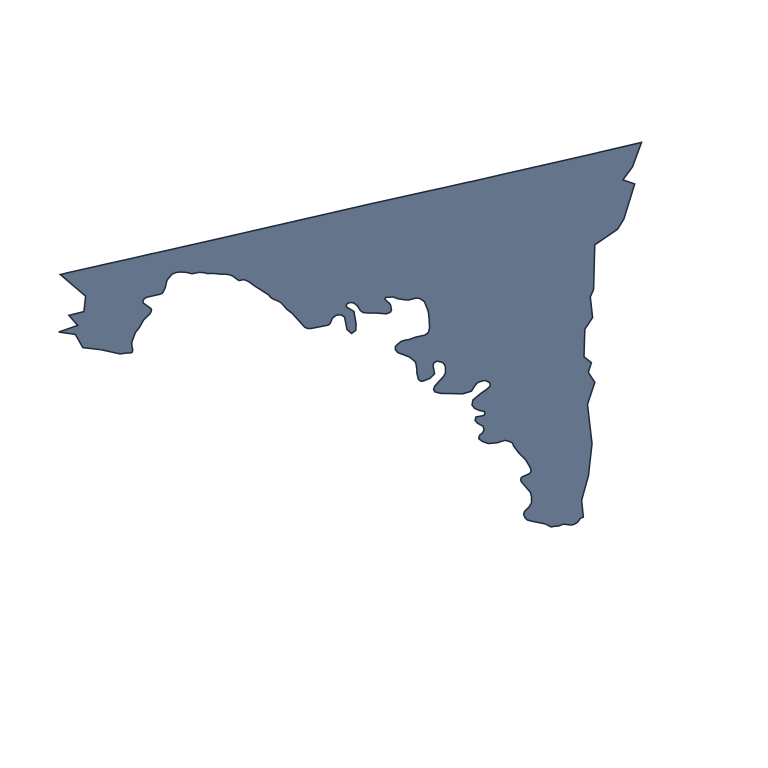 the district of Washington, Maryland, United States of America, rotated 347°
{"feature_id": "52423323B42185126778068", "entity_name": "Washington", "entity_type": "district", "adm_level": 2, "iso_a3": "USA", "parent_name": "United States of America", "parent_adm1": "Maryland", "projection": "orthographic", "projection_center": [-77.915, 39.521], "detail": "fine", "context": "isolated", "style": "filled", "palette": "slate", "viewbox_px": 768, "rotation_deg": 347, "n_neighbors": 0, "source": "geoboundaries", "source_scale": "gbopen_adm2", "svg_char_len": 3329}
<svg xmlns="http://www.w3.org/2000/svg" viewBox="0 0 768 768"><g transform="rotate(347 384 384)"><path d="M98.8,280.9L100.1,281.3L113.0,285.9L116.3,287.1L133.5,295.3L141.6,296.1L144.5,296.8L145.7,296.4L146.9,294.3L146.9,290.1L147.7,286.5L153.3,278.0L158.4,273.9L164.3,267.4L171.4,263.2L173.2,261.4L174.2,259.4L174.0,258.1L167.8,251.1L167.7,248.9L168.8,247.6L171.7,246.1L185.8,246.2L188.4,245.7L189.6,244.6L192.6,240.9L195.6,234.6L196.5,233.6L202.2,229.3L206.4,228.6L210.0,228.9L216.3,230.7L221.7,233.4L229.0,233.6L234.6,235.4L236.4,236.6L242.3,237.8L250.6,240.6L253.3,241.0L257.5,242.6L260.6,244.5L265.6,250.3L266.5,250.7L270.8,250.7L274.0,252.8L276.0,254.7L279.8,259.2L280.3,259.7L291.5,271.1L292.8,273.7L294.4,275.7L295.7,276.7L300.4,280.1L302.3,282.2L306.3,289.6L310.6,294.7L311.6,296.6L319.2,310.3L320.1,311.4L322.3,312.8L325.3,313.5L332.8,313.8L343.1,314.1L345.2,312.8L348.6,308.2L352.8,306.3L357.6,306.8L360.6,309.9L360.2,322.5L363.7,327.5L368.6,325.4L370.4,318.9L371.0,306.5L364.8,300.5L364.9,298.8L366.6,297.3L369.6,297.0L372.8,298.3L375.6,301.6L377.5,307.2L379.7,309.7L385.3,311.5L393.0,313.3L400.8,315.8L401.9,316.2L406.2,315.5L407.9,313.9L408.2,308.5L407.6,306.8L404.2,302.2L404.2,301.1L405.4,300.0L412.6,301.3L416.7,304.1L424.1,307.0L427.1,307.7L434.4,307.5L437.7,308.5L440.7,311.4L441.9,313.0L443.3,321.9L443.3,325.2L442.6,330.7L441.0,339.7L439.9,341.7L438.8,343.8L434.8,345.6L425.5,345.4L418.7,346.3L413.9,346.0L410.0,346.4L404.8,349.1L403.5,350.2L403.1,351.2L402.8,353.1L404.6,356.6L414.8,363.4L419.0,368.7L419.6,370.3L419.7,371.8L419.2,377.7L418.5,380.8L418.5,387.0L419.3,388.2L420.2,389.4L422.5,390.0L429.9,388.9L435.6,385.4L436.0,376.8L437.0,375.1L438.5,374.2L440.8,373.7L445.1,375.7L446.4,376.8L447.5,379.7L447.6,381.3L446.5,386.8L443.9,389.9L432.9,397.5L431.0,400.7L431.3,401.4L431.8,403.1L437.0,405.9L446.3,408.2L446.8,408.3L458.4,411.3L467.6,410.7L471.5,406.7L474.4,404.4L476.4,403.5L481.3,403.1L483.7,403.5L487.1,406.4L487.4,408.8L486.3,410.3L483.1,412.2L476.5,414.8L467.1,419.5L465.0,424.2L466.8,428.2L470.9,431.2L475.5,433.4L475.8,435.2L474.8,436.8L472.3,437.1L466.2,436.8L464.5,440.0L466.4,443.4L471.0,447.4L471.2,451.3L468.7,454.0L465.5,455.5L464.0,458.6L466.9,462.1L472.2,465.5L481.1,466.7L489.0,466.1L492.1,467.6L494.9,469.5L496.0,470.7L496.3,473.5L499.9,481.7L505.0,489.8L507.5,497.8L507.8,500.5L507.6,502.2L506.4,503.6L504.5,504.3L498.4,505.4L496.7,506.2L495.9,507.3L495.6,509.4L496.0,510.6L502.2,522.3L502.4,526.9L501.0,532.9L498.0,536.2L492.3,539.7L490.7,542.4L491.2,545.8L493.0,548.7L496.2,550.5L509.8,556.7L514.7,560.9L519.2,561.1L521.7,561.7L527.3,560.9L534.4,563.5L537.4,563.6L541.5,562.3L545.2,559.0L548.3,558.6L550.4,541.8L562.6,519.3L573.3,488.9L577.7,449.6L589.8,429.8L585.7,418.6L590.9,409.9L585.0,402.5L592.0,375.8L602.2,366.2L604.6,345.6L609.5,339.0L620.7,295.8L646.3,285.8L654.8,277.3L673.3,245.5L662.7,238.8L675.0,228.3L689.3,206.5L689.2,206.5L645.4,206.6L644.5,206.7L552.5,206.4L550.6,206.4L549.1,206.4L515.2,206.4L509.4,206.2L502.2,206.2L484.9,206.1L470.6,205.9L470.2,205.9L412.4,205.4L276.6,205.2L275.2,205.2L259.5,205.2L188.5,204.9L187.4,204.8L162.9,204.8L161.0,204.8L143.4,204.6L101.2,204.4L96.9,204.5L95.2,204.5L94.6,204.5L93.2,204.5L113.0,231.3L107.9,245.9L92.4,246.2L98.7,258.0L78.7,260.2L94.4,266.3L98.8,280.9Z" fill="#64748b" stroke="#1e293b" stroke-width="1.5"/></g></svg>